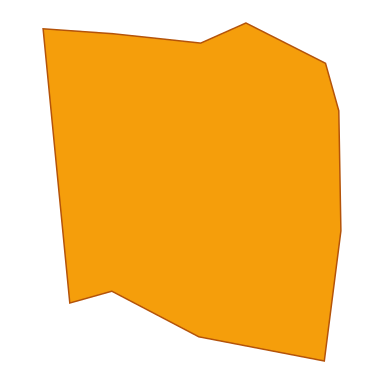 Bor-Ondor, Hentiy, Mongolia
{"feature_id": "93677404B12023571186013", "entity_name": "Bor-Ondor", "entity_type": "district", "adm_level": 2, "iso_a3": "MNG", "parent_name": "Mongolia", "parent_adm1": "Hentiy", "projection": "mercator", "projection_center": [109.413, 46.24], "detail": "fine", "context": "isolated", "style": "filled", "palette": "amber", "viewbox_px": 384, "rotation_deg": 0, "n_neighbors": 0, "source": "geoboundaries", "source_scale": "gbopen_adm2", "svg_char_len": 269}
<svg xmlns="http://www.w3.org/2000/svg" viewBox="0 0 384 384"><path d="M324.3,361.0L340.9,230.9L338.8,110.8L325.5,63.3L245.9,23.0L200.7,43.1L113.7,33.8L43.1,28.8L69.8,303.0L111.8,291.2L198.8,336.8L324.3,361.0Z" fill="#f59e0b" stroke="#b45309" stroke-width="1.5"/></svg>